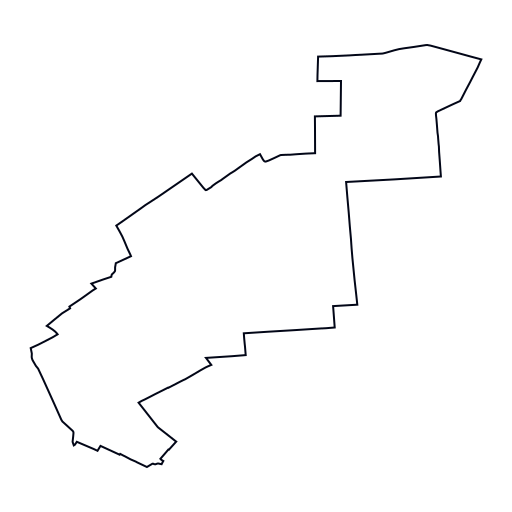 Mitreni, Calarasi, Romania (Natural Earth projection)
{"feature_id": "2599482B76882873077957", "entity_name": "Mitreni", "entity_type": "district", "adm_level": 2, "iso_a3": "ROU", "parent_name": "Romania", "parent_adm1": "Calarasi", "projection": "natural_earth1", "projection_center": [26.636, 44.19], "detail": "fine", "context": "isolated", "style": "outline", "palette": "ink", "viewbox_px": 512, "rotation_deg": 0, "n_neighbors": 0, "source": "geoboundaries", "source_scale": "gbopen_adm2", "svg_char_len": 3222}
<svg xmlns="http://www.w3.org/2000/svg" viewBox="0 0 512 512"><path d="M163.3,461.0L162.1,460.3L161.0,459.5L160.4,458.8L164.4,454.2L168.4,449.5L168.9,449.7L176.2,441.6L175.9,441.4L161.4,430.0L158.2,427.5L157.5,426.8L147.0,413.4L138.6,402.7L140.3,401.7L142.1,400.7L144.5,399.6L150.0,396.8L155.0,394.2L156.6,393.4L168.1,387.6L168.4,387.8L169.3,387.3L180.1,381.7L183.9,379.8L184.0,379.8L185.1,379.3L194.1,374.1L200.5,370.3L205.5,367.5L207.8,366.4L208.8,366.0L210.6,365.2L211.3,364.9L206.0,357.9L232.0,356.2L245.7,355.1L245.0,346.6L244.7,343.9L244.2,338.6L243.8,333.3L262.3,332.1L268.5,331.7L285.2,330.7L295.2,330.1L312.2,329.0L317.0,328.7L321.8,328.4L322.5,328.4L326.2,328.2L329.8,327.9L334.7,327.5L333.6,312.7L333.1,306.1L345.2,305.4L357.3,304.7L356.3,295.4L354.6,280.2L352.4,258.0L351.6,248.4L351.3,244.1L351.0,239.5L349.8,226.1L348.7,212.3L347.3,196.5L346.1,182.0L394.2,179.4L416.8,178.0L440.9,176.5L440.5,171.2L439.8,161.1L439.1,151.9L438.9,146.5L438.6,144.0L438.2,139.1L438.0,136.1L437.5,132.7L436.9,124.8L436.4,118.9L436.0,115.4L435.9,113.5L436.1,112.5L436.3,112.3L438.1,111.2L446.2,107.4L451.3,105.0L453.9,103.8L459.9,101.1L460.1,101.0L460.3,100.6L460.5,100.2L460.8,99.7L461.2,99.2L463.4,94.9L466.0,89.8L470.1,82.1L472.6,77.2L477.6,67.6L479.9,62.4L481.3,59.4L469.4,56.2L459.2,53.4L437.2,47.4L430.5,45.6L428.2,45.2L427.3,45.0L425.8,45.1L413.5,47.0L404.1,48.3L399.1,49.1L397.1,49.6L394.3,50.3L385.7,52.8L383.3,53.4L382.1,53.6L379.6,53.7L361.9,54.7L355.6,55.0L349.3,55.4L331.8,56.2L318.1,56.6L317.8,65.9L317.5,75.2L317.4,81.1L341.0,81.0L340.6,115.7L314.9,116.4L315.0,127.8L315.1,153.2L305.9,153.6L296.8,154.2L290.5,154.7L285.5,154.8L281.4,155.0L280.5,155.1L279.8,155.4L274.3,158.0L268.8,160.5L266.0,161.5L265.5,161.6L264.9,161.5L264.2,161.1L263.8,160.7L262.8,159.3L260.0,154.2L255.6,156.4L252.1,158.8L246.4,162.4L240.1,166.9L234.7,170.8L231.8,172.6L230.4,173.4L222.3,179.2L221.3,180.0L218.6,181.6L215.8,183.4L212.4,185.9L211.3,187.1L206.6,190.0L205.6,190.1L205.4,189.9L203.4,187.8L191.9,173.6L166.3,191.2L158.3,196.7L145.5,205.0L141.5,207.9L122.8,221.1L116.3,225.6L119.8,231.8L122.3,236.5L124.5,241.5L127.5,248.7L130.1,254.1L131.0,256.2L115.8,263.2L115.6,264.5L115.1,267.3L115.1,270.1L115.0,271.0L114.2,272.2L113.3,273.1L111.9,274.4L111.6,275.1L111.3,276.8L103.4,279.4L91.4,283.6L95.8,288.5L92.9,290.3L90.1,292.3L83.7,296.9L80.3,299.3L69.4,306.6L70.1,308.3L62.0,313.4L54.4,319.6L46.8,325.9L47.8,326.5L49.8,327.7L51.9,329.1L52.3,329.3L55.2,331.6L56.9,333.4L57.6,334.3L52.6,337.3L50.1,338.6L38.2,344.7L30.7,348.1L31.0,349.5L31.1,350.0L31.8,353.4L31.8,354.2L31.7,356.9L31.8,357.8L32.0,358.6L32.5,360.0L33.5,361.8L34.1,362.8L35.9,365.9L38.1,368.6L42.9,378.8L49.2,392.7L54.3,404.0L61.3,419.7L62.4,421.5L72.3,430.5L73.2,431.5L73.5,432.8L73.2,436.3L72.6,441.7L72.7,442.2L73.8,445.4L74.8,444.8L75.8,443.4L76.8,441.8L93.7,449.0L97.5,450.8L100.5,445.9L119.6,454.7L120.2,453.9L123.4,455.6L124.7,456.2L126.0,456.9L127.3,457.6L129.0,458.5L129.7,458.9L130.9,459.5L135.8,461.6L137.0,462.3L146.9,467.0L152.3,463.8L152.7,463.7L153.1,463.7L153.6,463.9L154.0,464.1L154.5,464.2L155.4,464.3L156.2,464.0L157.1,463.7L157.8,463.5L158.4,463.5L160.0,463.9L161.6,464.2L162.4,462.6L163.3,461.0Z" fill="none" stroke="#020617" stroke-width="2"/></svg>